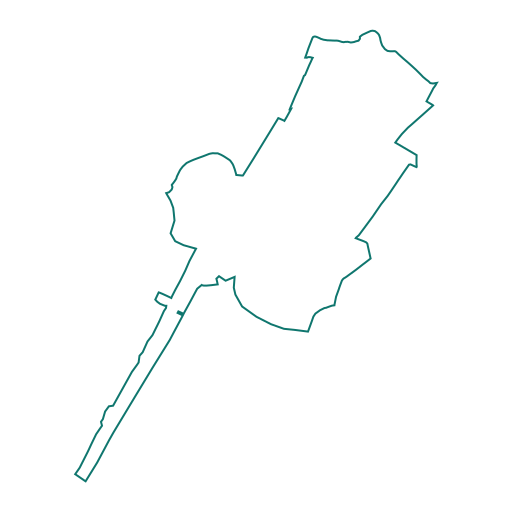 the district of Darasti-Ilfov, Giurgiu, Romania
{"feature_id": "2599482B23648906177266", "entity_name": "Darasti-Ilfov", "entity_type": "district", "adm_level": 2, "iso_a3": "ROU", "parent_name": "Romania", "parent_adm1": "Giurgiu", "projection": "albers", "projection_center": [26.019, 44.304], "detail": "fine", "context": "isolated", "style": "outline", "palette": "teal", "viewbox_px": 512, "rotation_deg": 0, "n_neighbors": 0, "source": "geoboundaries", "source_scale": "gbopen_adm2", "svg_char_len": 3985}
<svg xmlns="http://www.w3.org/2000/svg" viewBox="0 0 512 512"><path d="M85.6,481.3L97.2,462.5L109.2,440.0L113.5,432.4L135.3,396.2L152.5,367.8L154.3,364.9L169.8,339.9L173.7,332.5L181.4,318.1L182.8,315.4L182.6,315.3L177.6,312.9L178.4,311.4L183.4,313.7L183.6,313.8L184.0,313.0L190.4,301.4L195.3,292.2L197.2,288.7L201.7,285.0L201.9,285.2L203.8,285.6L206.6,285.6L211.1,285.2L217.7,284.4L217.1,281.6L216.4,278.7L219.0,276.2L225.6,280.7L234.6,276.9L233.8,287.7L235.4,294.6L242.1,306.5L256.5,316.8L271.0,324.2L283.9,328.8L294.7,329.9L308.0,331.6L308.7,329.7L311.9,320.9L313.4,316.6L315.4,313.6L319.0,311.0L319.9,310.3L324.3,308.1L325.2,307.9L326.1,307.8L326.8,307.5L329.5,306.5L331.8,305.7L332.2,305.6L333.8,305.4L334.4,305.3L334.4,305.1L336.1,296.6L336.2,296.4L339.1,288.4L339.1,288.2L340.2,285.1L341.9,280.6L342.9,279.2L344.2,278.1L345.2,277.6L347.1,276.3L348.3,275.4L355.7,270.0L356.1,269.7L363.8,263.7L364.0,263.6L370.6,258.5L368.0,246.8L367.7,245.4L367.4,243.8L367.0,243.2L366.1,242.3L363.9,241.3L355.7,238.2L356.1,237.6L358.8,235.3L370.6,219.4L372.6,216.7L381.2,204.1L387.6,196.0L391.2,190.8L391.4,190.5L393.0,188.1L395.7,184.1L398.6,179.7L399.6,178.3L402.9,173.4L409.0,164.7L410.5,164.4L413.5,165.8L416.2,167.0L416.5,167.1L416.7,166.7L416.6,164.9L416.5,163.8L416.5,162.1L416.5,161.3L416.5,160.6L416.5,159.2L416.6,155.1L395.3,142.6L397.6,139.4L400.2,136.1L401.9,134.0L403.6,132.2L408.0,127.6L411.5,124.6L423.8,113.7L433.1,105.4L432.7,105.0L426.5,101.4L428.4,97.7L432.1,90.7L433.0,88.9L433.3,88.3L434.8,86.3L435.8,84.8L436.6,83.2L436.8,82.9L433.7,83.4L433.0,83.5L431.6,83.3L430.3,83.1L428.5,81.3L426.1,79.5L423.0,76.9L421.3,75.1L416.1,69.9L412.2,66.3L408.3,62.8L403.6,58.8L399.7,55.3L398.5,54.2L396.1,51.8L394.9,51.2L390.3,51.3L387.5,50.9L384.9,49.1L382.2,45.5L381.1,42.5L380.5,40.3L380.1,37.9L379.1,35.1L378.1,33.7L376.6,32.3L374.9,31.1L373.8,30.9L372.5,30.7L370.7,31.0L367.1,32.6L362.4,34.8L359.9,36.7L359.9,38.8L358.5,40.7L355.7,41.4L354.1,42.0L352.4,42.3L350.8,42.5L347.8,41.8L345.2,41.9L343.7,42.2L341.8,41.9L339.7,41.2L338.3,40.8L336.8,40.6L334.4,40.6L332.1,40.5L330.1,40.4L327.4,40.3L323.5,39.7L322.0,39.2L320.9,38.9L319.8,38.3L317.8,37.4L316.6,36.9L315.1,36.5L314.5,36.5L313.8,36.7L313.0,37.1L312.4,38.1L309.9,44.5L308.5,48.1L306.4,54.3L305.2,57.6L306.9,57.7L308.2,57.1L309.9,57.1L312.7,57.8L312.1,58.9L310.8,61.8L309.2,65.2L305.1,75.0L303.9,75.9L301.7,81.7L299.2,87.2L295.7,95.0L295.5,95.4L294.6,97.5L291.1,105.9L289.8,109.1L291.2,108.8L286.7,117.0L284.7,120.4L284.4,120.9L283.8,120.5L281.3,119.4L279.3,118.5L278.6,118.2L278.3,118.1L269.4,132.7L254.3,157.3L254.2,157.5L243.0,175.4L242.9,175.5L241.8,175.5L236.5,175.0L236.3,175.0L236.0,173.7L234.7,169.2L233.3,165.4L232.5,163.8L230.9,161.5L230.2,160.6L229.5,160.0L225.4,157.3L223.5,156.1L221.1,154.8L218.8,153.8L217.7,153.3L214.4,153.3L212.8,153.2L210.4,153.6L209.2,153.9L205.6,155.3L203.0,156.3L198.0,158.1L193.5,159.8L191.4,160.7L189.4,161.6L186.6,163.0L185.4,164.1L182.7,166.6L180.4,169.6L179.7,170.8L178.2,173.8L176.9,176.5L176.3,178.6L175.5,179.9L174.7,181.1L173.6,182.6L172.5,184.0L171.8,184.8L171.8,185.1L172.0,185.9L172.3,186.4L172.4,187.3L172.0,188.8L171.5,189.8L169.3,192.0L168.9,192.3L167.6,192.7L166.2,193.1L166.4,193.5L167.3,195.1L169.0,198.0L170.1,199.9L170.5,200.6L173.2,207.8L173.7,212.2L174.5,220.6L170.6,233.3L175.2,241.2L181.3,244.1L183.6,245.2L196.0,248.7L189.5,260.9L185.2,270.8L180.6,280.0L180.0,281.2L175.2,290.0L171.9,296.5L171.3,298.0L166.9,295.9L162.3,293.8L159.4,292.6L158.7,292.4L158.6,292.6L157.6,294.7L155.3,299.6L157.2,301.7L160.0,303.8L163.7,305.3L165.0,305.8L166.3,305.8L166.0,308.0L163.9,311.1L159.4,321.1L157.4,325.2L155.2,329.6L152.5,335.1L147.5,341.5L142.7,352.2L139.5,355.8L138.6,362.5L136.9,365.0L131.9,371.9L113.1,405.7L108.9,406.3L105.1,411.5L102.9,419.1L101.0,421.8L102.0,425.7L100.4,428.0L98.8,430.3L97.2,432.7L96.6,433.5L96.1,434.3L91.3,444.2L88.9,449.4L88.7,449.8L87.7,451.9L79.7,467.7L75.2,474.2L79.6,477.2L85.1,481.0L85.6,481.3Z" fill="none" stroke="#0f766e" stroke-width="2"/></svg>